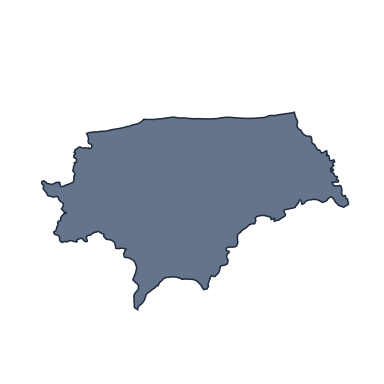 Vatomandry, Atsinanana, Madagascar, rotated 247°
{"feature_id": "10022922B31178585124685", "entity_name": "Vatomandry", "entity_type": "district", "adm_level": 2, "iso_a3": "MDG", "parent_name": "Madagascar", "parent_adm1": "Atsinanana", "projection": "mercator", "projection_center": [48.762, -19.365], "detail": "fine", "context": "isolated", "style": "filled", "palette": "slate", "viewbox_px": 384, "rotation_deg": 247, "n_neighbors": 0, "source": "geoboundaries", "source_scale": "gbopen_adm2", "svg_char_len": 5999}
<svg xmlns="http://www.w3.org/2000/svg" viewBox="0 0 384 384"><g transform="rotate(247 192 192)"><path d="M169.9,99.9L168.5,102.4L167.7,105.5L166.2,107.8L165.2,108.9L163.7,106.8L161.7,104.9L158.7,104.3L157.8,105.0L156.8,107.0L155.6,108.6L152.5,111.0L151.1,111.7L149.8,111.9L145.7,111.8L143.8,111.4L140.0,108.8L134.3,103.2L129.9,105.0L129.0,105.6L126.5,106.2L124.5,105.0L123.6,104.9L121.1,99.9L119.9,98.5L118.6,97.6L116.7,97.2L115.1,96.4L108.6,94.0L107.7,94.1L107.1,94.4L105.8,95.6L104.9,96.0L106.3,96.8L107.5,97.9L107.9,98.7L108.7,101.7L109.5,103.5L111.0,105.9L116.0,110.3L116.9,114.6L117.6,116.4L118.1,119.4L119.6,123.5L119.0,124.0L121.4,126.9L122.0,128.9L123.3,132.0L123.5,134.5L121.2,141.8L119.6,144.5L118.2,146.2L116.7,147.9L115.6,148.6L113.9,153.3L111.1,158.7L110.0,160.1L108.0,161.8L105.1,163.0L102.3,163.9L98.9,164.2L97.4,164.9L97.6,165.6L96.9,167.9L98.7,170.3L99.2,170.6L100.0,170.4L101.1,170.9L105.7,175.2L106.9,176.1L107.4,176.9L107.5,177.3L107.3,177.5L105.5,179.1L105.3,180.5L106.2,182.0L106.6,183.6L107.4,185.0L108.6,186.3L112.1,188.8L112.6,190.0L112.5,190.7L112.2,192.5L111.9,193.3L111.8,195.3L112.4,196.9L115.4,198.7L117.5,198.3L119.0,198.6L119.8,198.9L121.1,200.2L121.6,202.2L122.3,202.9L123.1,202.7L124.4,200.9L125.5,200.9L126.7,201.5L127.1,203.1L126.9,204.4L125.1,208.6L124.7,210.7L125.0,212.0L126.9,213.9L127.9,214.5L133.2,216.3L134.3,216.9L134.9,217.5L135.5,218.6L135.9,220.7L137.1,223.2L138.2,228.9L139.2,231.1L139.4,234.5L138.3,237.2L139.2,238.3L141.2,239.8L143.3,239.8L144.1,242.5L143.3,246.7L142.3,249.1L141.5,250.2L138.9,253.6L137.9,254.5L136.0,254.0L135.6,254.3L135.6,257.5L135.1,257.6L134.2,256.7L132.9,256.3L132.8,258.3L132.2,260.8L133.1,264.4L133.3,266.5L133.7,268.5L134.7,269.2L136.6,269.1L138.0,268.8L138.5,268.9L139.3,270.1L139.2,271.6L137.6,279.7L137.6,281.1L138.6,282.2L139.6,284.3L140.6,285.8L142.3,287.4L142.5,288.5L142.3,288.8L141.1,289.1L139.8,288.6L138.1,288.3L137.7,288.4L137.6,290.7L138.2,291.2L139.0,293.2L139.0,295.7L137.7,301.2L135.9,304.3L133.4,306.6L131.8,307.7L131.3,308.6L131.3,312.1L131.5,312.9L132.7,314.8L133.3,316.8L133.2,318.1L132.0,319.0L129.0,319.8L127.3,319.9L122.3,321.8L118.9,325.4L118.8,326.3L119.3,328.7L119.4,331.1L121.2,332.0L122.7,331.7L124.4,332.4L125.1,332.2L125.5,331.6L125.9,331.4L127.3,331.4L128.7,331.8L129.0,331.4L129.1,329.6L129.2,329.3L129.6,329.2L132.3,329.2L135.3,330.7L136.6,331.1L137.7,331.1L139.2,331.4L139.6,331.3L140.3,330.6L140.4,329.1L140.8,328.0L142.2,325.3L143.5,324.8L145.9,324.6L146.2,325.0L145.3,326.4L145.5,327.8L144.4,329.4L144.1,330.3L144.2,330.9L144.6,331.1L145.6,331.2L147.2,330.0L147.8,330.0L148.5,331.4L149.4,331.7L151.0,329.6L154.0,329.7L156.7,327.6L157.0,327.7L157.6,328.2L156.6,329.6L156.4,330.2L156.7,330.8L158.0,330.7L158.5,330.1L158.9,328.7L159.4,328.6L160.2,331.3L161.1,333.0L162.7,332.4L163.6,332.6L163.9,333.6L163.8,334.9L164.0,335.1L166.0,335.2L166.3,334.9L166.4,334.5L166.1,333.4L166.2,332.5L167.3,331.2L172.0,332.2L172.4,331.8L172.7,330.3L173.2,330.1L173.7,331.0L174.2,331.4L175.5,331.4L176.8,332.1L177.3,332.0L177.6,331.3L177.0,328.2L177.3,326.5L177.6,326.2L179.7,326.1L180.8,325.8L182.1,323.8L182.6,323.7L183.4,323.9L185.2,323.4L188.0,323.4L189.4,321.9L190.5,321.8L194.7,323.1L196.5,323.1L197.2,322.5L198.2,320.2L199.4,318.7L202.0,317.0L206.7,316.2L207.6,315.1L211.5,314.2L213.0,315.1L213.6,315.6L215.7,316.7L217.4,316.9L218.6,316.5L225.5,317.3L226.0,314.1L229.2,302.0L230.0,297.9L231.5,295.1L232.3,291.8L232.1,289.3L232.4,287.6L235.4,278.5L238.1,271.7L240.0,267.7L243.9,259.8L245.8,256.5L246.5,254.9L246.5,254.4L247.1,253.6L249.1,247.2L249.8,243.8L252.2,237.1L257.7,225.0L258.6,222.4L263.4,213.4L265.4,208.6L268.2,204.3L271.5,192.3L273.0,187.9L273.4,185.9L276.9,177.6L277.7,176.4L277.8,175.7L277.2,175.0L276.6,173.1L276.1,170.3L276.1,168.5L276.4,166.1L276.9,164.4L277.1,160.8L276.9,159.9L277.6,158.2L278.1,153.9L279.0,149.4L280.6,143.0L281.7,136.5L283.4,132.1L284.5,127.7L285.9,124.5L285.9,123.4L286.7,121.7L287.1,117.9L282.9,117.9L281.8,117.7L279.2,116.2L278.1,115.9L277.2,115.9L276.7,116.3L275.0,118.1L273.9,118.0L272.2,116.9L271.8,115.5L272.1,114.3L272.4,114.0L273.1,113.9L273.4,112.4L273.8,111.7L274.4,111.1L275.0,108.8L275.5,107.9L276.9,107.0L277.3,106.2L277.5,105.2L276.8,103.6L276.7,101.5L276.2,100.4L275.4,100.0L274.6,99.0L274.2,99.5L273.9,99.4L273.6,99.9L273.2,100.0L272.5,99.3L272.3,98.2L271.6,97.4L271.0,97.3L270.0,96.7L267.7,98.5L267.2,98.4L265.7,97.8L265.0,97.1L264.6,96.3L265.0,95.4L264.9,95.0L264.6,95.0L264.4,95.6L263.9,95.5L261.2,92.6L260.1,92.1L258.7,91.0L258.1,90.6L257.2,90.6L256.5,91.2L254.7,91.5L253.7,90.8L252.8,89.5L251.7,88.9L249.2,88.0L247.8,86.8L247.4,85.7L247.4,82.9L247.4,80.9L247.7,78.7L247.5,76.7L247.9,74.0L248.4,73.5L249.1,73.3L251.5,73.8L252.6,73.8L253.1,73.4L253.2,72.9L252.8,72.4L253.0,71.9L253.7,71.4L253.9,70.9L253.6,67.7L253.8,65.9L254.1,65.3L255.7,63.3L255.8,62.7L256.2,62.3L260.0,60.2L260.4,58.9L260.3,57.9L258.5,56.9L257.1,57.4L256.7,57.8L255.5,58.0L253.8,56.5L252.7,56.3L251.2,56.9L249.4,57.2L248.1,57.9L247.0,57.7L245.0,57.9L244.4,58.5L241.1,63.0L241.1,64.7L240.7,65.6L240.0,66.5L239.1,66.7L237.1,66.5L235.8,66.8L232.0,68.9L231.1,68.8L229.7,68.1L228.1,66.3L227.5,65.3L227.1,65.2L225.9,65.9L224.0,66.2L221.9,68.2L221.7,68.1L221.7,67.7L222.1,66.2L222.0,65.3L221.3,64.4L221.2,63.3L220.1,61.6L217.3,59.8L217.2,57.2L216.1,56.2L214.8,56.1L213.6,55.3L212.7,54.0L209.9,51.9L209.3,51.1L209.5,49.8L209.1,49.0L208.2,48.8L206.5,49.2L204.2,52.0L202.2,52.3L199.5,51.4L197.7,51.7L196.6,52.5L196.2,53.1L196.3,54.4L196.0,55.7L195.1,57.0L194.9,57.6L195.2,58.7L194.5,62.0L192.7,63.7L192.1,65.1L191.0,66.1L191.2,66.8L192.6,67.3L193.0,68.2L192.8,71.9L191.4,73.0L189.2,73.6L188.5,74.1L187.7,74.9L187.4,75.7L187.7,76.4L188.2,76.7L190.7,76.7L191.5,77.0L192.5,78.5L192.7,79.4L192.1,80.9L192.0,82.0L192.8,84.3L192.7,85.7L193.2,86.3L192.5,87.9L192.5,89.4L192.2,90.4L191.9,90.8L190.6,91.5L190.3,92.5L189.0,92.7L187.8,94.1L187.3,94.3L185.7,93.4L182.0,94.6L179.9,98.1L179.0,99.1L176.1,100.9L174.0,100.8L169.9,99.9Z" fill="#64748b" stroke="#1e293b" stroke-width="1.5"/></g></svg>